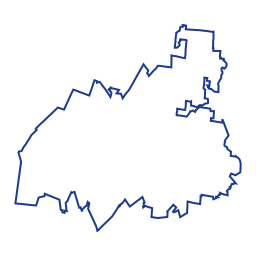 the district of Huehuetán, Chiapas, Mexico
{"feature_id": "50627088B5794115738301", "entity_name": "Huehuetán", "entity_type": "district", "adm_level": 2, "iso_a3": "MEX", "parent_name": "Mexico", "parent_adm1": "Chiapas", "projection": "equal_earth", "projection_center": [-92.394, 15.021], "detail": "fine", "context": "isolated", "style": "outline", "palette": "blue", "viewbox_px": 256, "rotation_deg": 0, "n_neighbors": 0, "source": "geoboundaries", "source_scale": "gbopen_adm2", "svg_char_len": 5764}
<svg xmlns="http://www.w3.org/2000/svg" viewBox="0 0 256 256"><path d="M183.2,25.1L183.4,25.4L183.5,25.6L183.7,26.0L182.6,26.8L182.4,26.6L181.9,26.5L181.3,26.8L180.9,26.9L180.5,26.9L180.3,27.6L180.2,28.2L179.8,29.8L179.6,30.8L179.1,31.0L178.7,31.0L178.0,31.5L176.9,32.5L176.7,32.5L176.3,32.7L176.2,33.8L176.3,34.1L176.2,34.4L176.0,35.1L175.8,37.2L175.6,39.1L175.3,42.8L175.1,44.8L174.8,46.8L174.8,47.3L175.1,47.1L175.2,47.5L175.4,47.6L175.6,47.6L176.1,47.6L176.5,47.7L176.9,47.6L177.8,47.3L178.6,46.1L179.4,45.7L179.7,44.5L178.8,42.9L178.7,42.6L178.9,42.6L180.0,41.4L180.0,40.1L180.1,39.6L180.3,39.3L180.4,39.2L180.8,39.1L181.8,40.0L182.2,39.8L183.2,39.6L185.1,39.9L185.4,39.8L186.1,39.9L186.6,40.4L186.3,43.0L186.0,45.0L185.9,47.2L185.7,48.5L185.6,51.2L185.4,53.3L185.5,54.3L185.5,54.8L185.1,57.1L185.0,58.1L183.1,57.9L176.0,56.2L172.6,55.8L171.5,55.4L171.5,60.3L171.4,65.4L171.3,67.4L163.3,66.4L160.6,66.0L158.0,65.7L157.2,66.7L156.7,67.4L156.5,68.0L156.2,68.3L155.3,69.2L154.8,69.6L154.6,69.9L153.3,71.0L148.9,76.0L148.1,74.4L147.9,73.9L147.1,73.1L148.3,70.6L143.5,64.3L142.2,66.7L141.9,67.1L140.3,69.9L131.9,85.0L129.8,88.6L128.9,90.1L125.3,94.3L122.7,98.3L121.0,93.8L116.6,93.4L119.0,89.9L111.4,88.1L111.0,87.7L110.7,88.4L110.4,87.9L108.7,89.4L108.8,89.7L109.6,90.7L109.8,90.9L110.2,91.3L110.9,91.8L111.4,92.4L111.4,93.3L110.4,97.0L107.3,92.2L105.9,90.1L99.7,81.9L97.0,82.7L97.2,81.3L94.5,80.2L89.3,95.5L80.2,92.2L75.0,90.2L73.3,89.6L69.8,96.9L67.8,101.4L66.4,104.4L65.1,107.3L64.0,109.6L57.9,107.5L42.9,121.8L39.7,124.7L37.9,126.5L35.8,128.6L36.7,129.9L31.3,135.2L29.9,137.7L25.7,144.4L23.0,148.0L22.9,148.6L22.4,149.5L21.6,151.0L18.8,151.6L18.4,152.3L21.1,161.6L15.4,203.4L36.1,205.5L37.2,202.1L38.7,197.5L44.6,196.1L44.8,193.8L59.4,199.7L60.8,209.9L62.6,210.3L62.3,212.3L64.6,212.8L64.8,210.7L66.7,211.1L66.6,210.9L65.8,204.4L65.7,202.8L67.6,200.9L67.5,200.6L71.1,192.7L71.3,193.2L74.1,191.9L74.5,191.9L79.4,208.5L79.4,208.3L80.6,207.4L81.8,210.8L82.2,210.6L81.7,209.7L83.0,208.7L86.0,205.8L86.6,205.8L87.7,202.0L88.0,202.3L88.6,202.7L88.8,203.4L89.2,203.3L89.3,203.5L88.1,208.8L93.6,220.6L96.2,226.5L96.4,227.0L97.0,229.1L97.4,230.6L97.4,230.9L97.5,230.9L100.9,227.4L103.9,224.5L112.1,216.5L116.5,209.8L119.2,205.4L119.7,206.1L121.2,203.8L122.4,203.2L125.0,199.5L129.8,206.5L133.7,203.6L135.9,201.9L138.2,200.2L139.5,199.3L142.4,197.0L144.6,202.5L143.5,203.1L144.1,205.4L143.5,206.1L143.2,206.2L143.0,206.7L143.0,207.0L143.1,207.5L144.4,206.6L145.1,206.0L145.4,205.8L147.8,206.9L152.2,208.1L151.5,217.1L157.8,218.0L167.3,217.0L167.6,212.3L167.2,211.6L173.4,204.8L176.2,207.5L173.0,211.6L173.9,212.4L178.3,210.2L180.2,217.1L187.1,212.9L187.6,201.5L193.4,202.9L197.0,203.5L200.1,204.1L200.5,199.3L200.6,196.2L201.5,196.3L201.6,194.8L213.1,196.8L213.4,199.2L213.8,199.0L214.2,199.0L214.7,198.8L215.5,198.4L216.1,198.2L216.4,197.9L217.2,197.6L216.0,197.3L216.1,196.7L217.5,197.0L218.0,195.7L219.3,195.2L219.3,194.4L219.5,194.1L220.2,194.4L220.5,194.2L220.6,193.8L220.3,193.0L223.1,194.2L227.6,195.3L227.4,190.7L227.1,190.7L227.3,190.3L229.1,188.8L229.7,188.9L229.7,187.8L230.0,188.1L230.5,187.7L230.7,187.2L230.8,186.9L230.8,186.6L230.8,186.3L230.9,185.8L231.2,185.3L231.3,184.8L231.5,184.2L232.1,183.9L232.9,184.1L233.4,184.1L233.8,183.9L234.1,183.3L234.7,183.1L235.7,183.3L229.8,176.3L231.2,173.6L235.5,175.2L240.3,172.3L240.6,167.4L240.6,163.1L240.3,161.9L240.3,161.5L240.0,160.7L239.9,160.4L239.5,159.3L239.1,158.9L238.3,158.1L236.2,156.4L236.2,156.7L230.7,155.9L230.8,153.3L231.0,151.7L227.3,148.9L227.1,147.4L226.8,147.0L225.2,146.3L224.6,145.8L224.4,144.9L224.7,142.7L225.0,142.3L224.8,141.4L225.5,139.6L228.6,135.6L222.4,119.1L222.4,120.0L222.4,120.8L222.3,121.6L222.2,121.9L222.1,122.6L219.5,122.2L218.1,122.0L216.5,121.7L213.1,121.1L210.8,120.9L211.0,118.1L212.6,118.3L213.5,118.3L213.6,116.3L213.7,115.6L213.9,111.1L213.1,111.1L210.6,111.1L210.3,108.7L199.8,107.1L199.5,107.2L198.3,107.9L197.5,108.2L197.1,109.3L195.9,109.9L195.8,110.5L195.1,111.9L193.2,110.6L192.6,110.6L191.4,111.3L190.3,111.2L190.2,111.6L189.0,113.7L187.5,115.6L186.8,116.6L180.5,115.6L179.0,115.4L178.3,115.3L177.4,115.4L176.6,115.1L176.7,112.9L177.2,110.8L177.2,108.7L182.3,109.6L185.2,109.9L185.6,106.7L185.8,105.0L185.9,101.0L188.7,101.3L189.1,101.5L191.0,101.8L191.1,101.7L191.1,105.6L193.9,106.1L194.5,106.4L196.5,107.0L197.7,107.0L198.9,105.7L199.8,105.1L202.6,105.3L203.5,104.7L204.6,103.9L205.4,103.6L207.7,103.2L208.1,103.0L208.1,101.9L208.0,100.2L207.8,98.9L206.6,98.6L205.6,98.3L204.7,98.3L204.8,97.3L205.1,93.6L205.0,92.4L205.1,91.0L205.2,90.8L205.2,90.2L205.3,89.8L203.7,88.6L203.5,88.1L203.7,86.3L204.1,85.5L204.0,85.1L204.4,80.0L204.4,78.5L204.4,77.6L206.5,78.0L207.0,78.0L207.3,78.0L207.1,79.8L207.0,80.8L209.1,81.3L209.9,81.3L209.8,82.5L209.5,84.1L209.4,85.7L208.9,85.7L208.7,85.7L207.4,85.5L207.7,86.0L207.9,87.1L208.5,87.0L209.1,87.0L208.9,88.5L209.5,88.8L210.5,89.1L211.3,88.9L214.2,91.6L218.4,92.1L218.4,90.3L218.5,89.9L218.5,89.7L218.4,88.2L218.5,87.3L218.6,86.5L218.5,85.6L218.3,84.8L218.2,84.5L218.1,84.1L218.1,83.7L218.3,83.2L219.0,81.8L220.1,79.6L220.8,78.8L221.1,78.1L221.3,77.1L221.4,76.7L221.2,76.3L221.3,75.5L221.5,74.9L221.8,74.4L222.0,74.0L222.4,73.6L222.5,73.1L222.4,71.7L221.9,70.9L221.7,70.9L221.5,68.7L221.8,68.0L222.6,67.5L223.4,67.9L223.9,68.5L224.5,68.7L225.1,67.9L225.6,67.4L226.1,66.8L226.5,65.7L226.6,63.9L226.3,63.1L224.5,61.3L224.4,61.1L224.2,60.9L224.2,60.6L224.2,60.4L223.4,60.3L223.4,59.6L223.4,59.3L223.3,59.1L223.7,59.1L223.7,58.8L220.1,58.6L220.2,57.4L220.7,57.4L219.8,56.5L220.5,51.0L213.3,50.9L213.4,48.9L213.4,48.2L212.9,48.2L213.1,46.3L213.2,40.3L213.5,39.2L213.5,31.7L212.8,31.9L206.5,31.0L199.3,30.2L185.8,29.3L186.0,27.1L186.0,26.3L186.0,25.6L184.1,25.2L183.2,25.1Z" fill="none" stroke="#1e3a8a" stroke-width="2"/></svg>